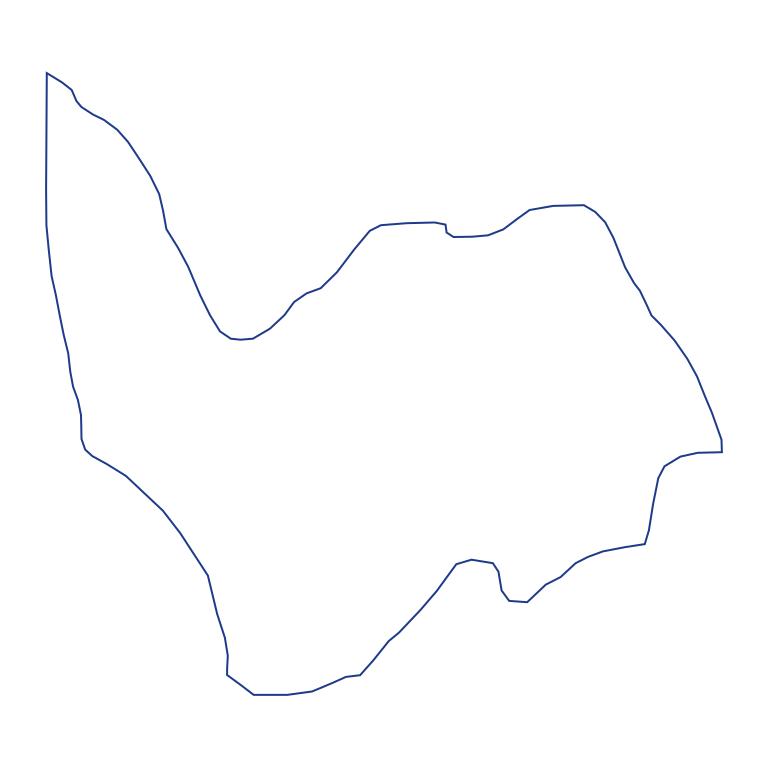 the district of Mougoutsi, Nyanga, Gabon
{"feature_id": "22940354B37590085186432", "entity_name": "Mougoutsi", "entity_type": "district", "adm_level": 2, "iso_a3": "GAB", "parent_name": "Gabon", "parent_adm1": "Nyanga", "projection": "mercator", "projection_center": [10.923, -2.753], "detail": "fine", "context": "isolated", "style": "outline", "palette": "blue", "viewbox_px": 768, "rotation_deg": 0, "n_neighbors": 0, "source": "geoboundaries", "source_scale": "gbopen_adm2", "svg_char_len": 1542}
<svg xmlns="http://www.w3.org/2000/svg" viewBox="0 0 768 768"><path d="M253.7,694.9L287.1,694.9L312.0,691.5L332.8,682.8L345.9,676.9L360.1,675.2L373.6,660.0L388.8,641.0L398.9,632.7L420.6,609.8L436.9,590.8L448.7,574.6L456.3,564.2L471.5,559.7L492.9,563.2L498.5,571.8L501.6,590.5L509.2,600.9L527.2,602.2L545.8,584.6L560.7,577.0L575.6,563.2L588.0,556.9L602.9,551.4L624.7,547.2L644.8,544.1L648.9,530.3L653.1,504.0L658.3,478.1L664.5,466.3L680.4,456.6L697.7,452.8L721.9,452.2L721.5,439.7L711.9,412.7L704.9,396.1L697.0,376.4L687.3,358.8L674.5,340.4L660.8,324.8L651.5,315.5L646.6,304.7L640.0,290.9L634.0,283.0L625.1,267.3L613.4,237.8L605.2,222.3L595.2,211.9L583.9,205.2L553.1,205.9L529.6,210.0L517.5,218.7L503.3,229.4L488.1,235.3L472.5,236.7L453.5,237.0L446.6,232.5L445.5,224.6L434.8,222.5L406.5,223.2L380.9,225.2L369.8,230.8L354.2,249.5L336.9,272.3L320.7,288.2L306.5,293.4L294.1,302.0L284.4,315.2L269.9,328.7L252.9,338.7L240.5,339.7L230.8,338.7L220.0,331.4L210.0,315.2L200.3,295.5L188.2,266.8L178.2,248.1L166.4,229.1L163.0,210.4L159.2,194.1L150.2,175.8L138.4,157.5L128.0,141.9L117.3,129.8L103.8,119.8L93.1,114.6L81.4,107.0L76.5,101.1L71.7,90.0L62.0,82.4L46.8,73.1L46.1,189.3L46.4,225.2L48.8,250.2L51.6,276.1L55.8,294.8L59.9,316.2L63.7,334.9L68.2,353.2L70.3,371.9L73.1,386.8L77.9,399.9L81.0,415.1L81.3,427.3L81.5,439.0L85.2,449.6L92.3,456.1L107.2,464.3L126.0,476.0L162.9,510.7L180.2,533.1L194.8,555.5L207.9,575.6L217.2,614.1L224.9,637.8L227.8,655.7L227.1,669.0L227.1,675.0L241.3,685.4L253.7,694.9Z" fill="none" stroke="#1e3a8a" stroke-width="2"/></svg>